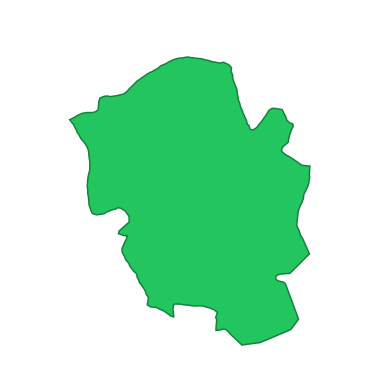 Gashaka, Taraba, Nigeria (Mercator projection), rotated 16°
{"feature_id": "59680162B87534880716336", "entity_name": "Gashaka", "entity_type": "district", "adm_level": 2, "iso_a3": "NGA", "parent_name": "Nigeria", "parent_adm1": "Taraba", "projection": "mercator", "projection_center": [11.323, 7.498], "detail": "fine", "context": "isolated", "style": "filled", "palette": "green", "viewbox_px": 384, "rotation_deg": 16, "n_neighbors": 0, "source": "geoboundaries", "source_scale": "gbopen_adm2", "svg_char_len": 4282}
<svg xmlns="http://www.w3.org/2000/svg" viewBox="0 0 384 384"><g transform="rotate(16 192 192)"><path d="M322.0,219.3L313.7,209.2L313.0,208.4L311.3,206.4L310.0,205.2L309.2,204.5L307.8,203.2L306.6,201.1L305.2,199.1L302.9,196.5L301.7,194.7L300.6,188.3L300.3,186.3L300.0,184.6L299.4,181.4L299.5,179.6L299.8,176.4L300.1,174.1L300.4,172.7L300.8,171.5L300.7,170.7L300.7,169.3L300.7,169.1L300.8,168.5L300.8,167.2L300.8,166.7L300.4,165.5L300.4,165.2L300.3,163.1L300.3,162.5L301.0,159.3L301.9,153.2L301.6,149.7L301.1,145.4L299.9,142.5L298.2,134.6L290.3,136.0L279.3,132.2L270.7,130.0L266.8,128.1L266.5,124.5L267.6,122.4L270.7,117.9L270.1,111.2L270.5,104.0L271.2,101.0L270.1,98.8L266.6,98.5L263.4,96.8L261.0,93.3L258.3,90.7L256.1,88.1L254.6,88.0L251.0,88.6L249.2,88.6L247.3,89.2L246.3,89.3L245.9,89.7L244.5,90.9L243.7,92.1L243.1,93.5L242.8,94.7L242.2,97.0L241.6,98.8L240.7,101.1L240.4,102.2L239.8,104.0L237.5,109.2L236.9,111.5L235.1,113.8L233.6,115.4L233.4,115.6L231.9,115.9L230.7,115.6L228.8,112.9L228.4,112.4L226.4,111.5L224.7,108.3L223.8,107.4L222.6,106.0L221.8,104.8L219.9,102.7L219.2,101.9L217.7,99.6L216.8,98.7L214.8,96.1L213.4,93.5L211.1,90.5L210.2,88.2L209.0,86.2L208.2,84.1L206.5,80.4L203.8,77.2L201.2,73.7L199.8,71.3L199.5,70.8L198.9,68.7L197.8,67.0L197.2,66.4L196.6,65.5L196.0,64.1L195.8,61.7L194.6,60.9L193.4,60.0L191.0,59.3L186.5,58.6L184.8,59.6L183.9,60.0L182.2,60.6L179.2,60.7L177.9,60.8L175.4,61.4L174.0,61.0L171.5,61.1L169.8,61.2L167.2,61.3L165.9,61.3L163.7,61.4L160.7,62.0L157.3,62.6L155.6,62.7L152.6,63.3L150.9,63.3L148.8,64.3L147.5,64.8L145.8,65.8L144.6,66.3L142.9,66.8L141.2,67.7L139.5,68.7L138.3,69.6L137.0,70.6L135.4,72.0L133.7,73.4L132.5,74.7L131.3,76.1L130.0,77.0L127.1,79.4L126.3,80.7L125.6,81.7L124.7,83.0L122.2,85.3L120.2,87.6L118.9,88.5L116.0,91.3L114.8,93.1L112.0,96.3L110.8,98.1L110.4,98.5L108.3,100.9L107.5,102.7L105.9,105.4L104.8,107.6L103.6,109.4L102.8,111.2L101.6,113.5L100.0,115.7L99.2,116.7L96.6,118.1L92.5,120.5L91.2,121.0L89.1,121.9L87.0,122.9L84.4,123.0L81.4,124.1L77.7,126.9L77.7,128.2L77.4,130.8L78.0,133.0L78.5,135.6L79.1,139.1L77.1,141.4L75.0,142.8L72.0,143.8L69.9,144.3L68.6,144.8L66.5,145.8L65.3,146.3L63.6,147.7L62.3,148.6L60.3,150.5L59.1,151.9L58.2,152.8L55.8,155.1L54.5,156.2L55.4,156.9L57.6,158.5L59.4,159.7L61.7,162.3L63.5,164.0L65.3,166.5L68.0,168.6L69.0,169.8L70.3,171.1L75.7,174.8L78.8,177.7L80.2,179.4L81.6,182.0L82.6,184.6L83.6,187.2L85.0,190.2L85.5,191.5L86.5,195.0L87.5,198.0L87.7,201.0L87.7,202.8L87.8,204.1L87.9,205.9L88.5,209.8L89.1,212.4L89.4,213.9L89.6,215.4L91.1,218.4L92.1,221.9L93.0,223.6L94.0,225.8L95.0,228.4L96.0,231.0L96.5,232.7L98.3,235.2L99.3,236.9L100.7,238.6L102.0,239.9L103.3,240.3L105.5,240.2L107.2,240.1L108.9,239.1L110.6,238.6L111.8,237.7L113.5,237.2L115.1,235.3L116.0,234.4L117.2,233.5L118.9,232.1L120.1,231.2L121.8,230.2L123.8,229.1L125.1,227.4L126.8,227.4L128.5,227.3L130.7,228.1L132.0,228.4L133.4,228.8L134.7,230.1L136.5,231.3L138.3,233.0L138.8,234.7L139.8,238.2L132.6,249.8L132.8,252.4L138.0,252.6L139.9,252.5L141.8,251.8L141.8,253.0L141.9,254.8L141.6,257.0L141.2,258.3L140.9,261.4L140.3,265.4L141.3,268.8L142.7,270.5L144.9,272.6L146.8,275.2L148.5,276.4L150.8,278.0L152.6,280.2L154.4,281.8L155.7,282.6L157.1,283.9L160.6,285.5L162.0,287.2L162.9,289.3L164.7,291.0L166.6,293.6L168.8,295.2L171.0,296.9L172.8,298.5L174.7,300.6L175.1,301.1L176.1,302.8L177.0,303.6L179.2,305.3L180.1,312.8L184.1,313.9L189.4,312.7L192.2,313.3L193.2,313.5L195.1,313.8L197.8,314.2L202.7,315.8L206.2,317.2L208.9,317.0L206.1,310.0L205.3,306.0L206.3,304.5L208.0,304.0L210.1,303.4L212.3,302.9L214.0,302.8L217.8,302.2L220.8,301.6L222.5,301.5L225.1,301.0L227.2,300.5L229.7,299.5L232.3,298.9L234.9,298.4L236.6,298.7L239.6,298.6L241.8,298.5L243.1,298.9L245.7,299.2L247.9,300.0L249.6,300.8L249.4,306.1L251.0,308.1L252.5,316.0L253.3,318.5L257.8,316.5L259.7,315.2L261.1,314.9L263.2,315.0L265.0,316.3L266.8,317.1L267.5,317.8L268.2,318.1L273.8,321.0L281.9,325.2L282.2,325.4L284.0,324.5L298.4,318.2L299.4,317.6L313.1,306.6L313.3,306.4L324.9,297.0L329.5,284.9L317.1,268.0L312.8,262.2L308.3,256.1L307.5,255.0L306.6,254.2L305.4,253.6L303.9,253.4L300.7,253.7L299.0,253.6L297.6,253.2L296.6,252.5L296.1,251.3L296.1,249.9L296.7,248.7L297.6,247.8L299.8,246.5L308.6,243.2L320.4,221.8L322.0,219.3Z" fill="#22c55e" stroke="#15803d" stroke-width="1.5"/></g></svg>